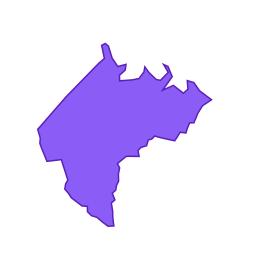 the district of Taquaruçu do Sul, Rio Grande do Sul, Brazil, rotated 160°
{"feature_id": "56859067B25773622943364", "entity_name": "Taquaruçu do Sul", "entity_type": "district", "adm_level": 2, "iso_a3": "BRA", "parent_name": "Brazil", "parent_adm1": "Rio Grande do Sul", "projection": "equal_earth", "projection_center": [-53.496, -27.405], "detail": "fine", "context": "isolated", "style": "filled", "palette": "violet", "viewbox_px": 256, "rotation_deg": 160, "n_neighbors": 0, "source": "geoboundaries", "source_scale": "gbopen_adm2", "svg_char_len": 1114}
<svg xmlns="http://www.w3.org/2000/svg" viewBox="0 0 256 256"><g transform="rotate(160 128 128)"><path d="M133.1,198.9L175.1,178.7L213.3,157.6L213.9,148.5L216.1,143.7L216.1,138.2L215.8,131.2L215.6,124.4L201.5,121.1L202.3,99.8L205.8,96.7L208.3,92.2L206.5,87.6L205.1,81.8L202.1,77.1L197.9,70.5L193.0,68.2L194.7,63.2L192.4,58.2L187.7,54.6L184.0,48.1L180.4,42.6L174.8,40.8L173.1,48.4L170.8,55.3L169.3,63.2L164.9,64.9L165.1,72.0L160.8,73.8L158.3,78.1L155.0,81.3L152.7,88.2L149.5,93.4L150.1,98.2L139.2,102.0L127.3,97.5L126.3,103.5L122.4,105.3L116.6,105.0L113.0,109.8L109.4,109.5L105.6,111.3L100.6,107.7L88.5,100.0L84.8,102.7L80.5,106.2L75.3,103.5L72.3,107.5L68.3,111.8L64.4,110.3L60.3,114.6L57.8,117.6L50.4,123.4L39.9,126.0L48.0,138.5L50.6,148.2L56.1,152.3L58.4,144.0L64.0,141.7L70.8,152.5L82.5,151.7L68.9,161.1L69.4,172.1L72.8,175.5L71.2,166.5L81.2,161.7L84.9,163.9L89.3,172.9L91.3,179.7L93.8,175.3L100.7,170.7L107.7,171.8L119.7,175.2L118.0,180.5L110.9,183.3L108.1,188.5L116.6,189.3L119.0,199.1L118.4,211.7L120.5,215.2L124.5,214.7L126.4,201.4L133.1,198.9Z" fill="#8b5cf6" stroke="#5b21b6" stroke-width="1.5"/></g></svg>